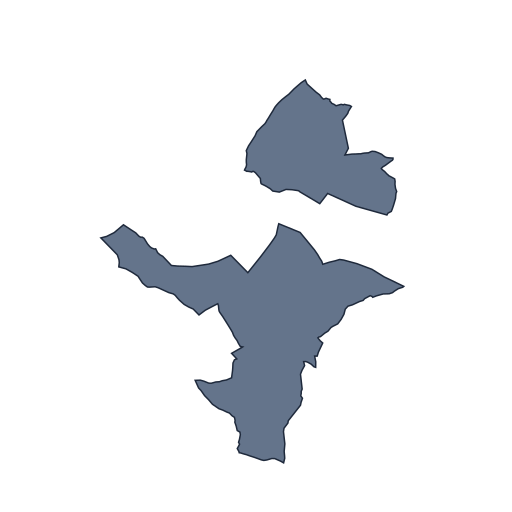 the district of Njaba, Imo, Nigeria, rotated 211°
{"feature_id": "59680162B71691370147242", "entity_name": "Njaba", "entity_type": "district", "adm_level": 2, "iso_a3": "NGA", "parent_name": "Nigeria", "parent_adm1": "Imo", "projection": "orthographic", "projection_center": [7.004, 5.713], "detail": "fine", "context": "isolated", "style": "filled", "palette": "slate", "viewbox_px": 512, "rotation_deg": 211, "n_neighbors": 0, "source": "geoboundaries", "source_scale": "gbopen_adm2", "svg_char_len": 4227}
<svg xmlns="http://www.w3.org/2000/svg" viewBox="0 0 512 512"><g transform="rotate(211 256 256)"><path d="M230.3,298.9L253.1,295.4L252.3,292.6L249.5,284.5L249.5,280.6L250.1,272.4L251.7,257.6L254.4,237.5L278.0,243.6L285.9,231.9L292.4,224.7L305.3,214.0L310.9,211.0L317.8,207.1L323.6,204.3L335.8,207.7L339.0,207.6L342.1,208.2L345.7,210.5L346.8,209.6L349.7,209.1L352.0,209.4L355.2,210.5L361.0,213.5L363.2,213.6L364.5,212.7L366.7,212.7L371.0,213.9L376.8,214.1L385.7,214.5L389.6,203.0L394.1,195.9L398.3,191.6L375.5,185.6L371.5,182.2L369.8,179.9L368.0,176.0L360.9,178.0L353.6,178.2L346.6,177.9L344.7,176.9L339.4,174.4L335.7,173.7L333.1,173.5L331.5,174.3L326.6,177.7L323.5,178.4L316.4,179.2L311.9,179.7L307.4,180.9L305.0,180.7L301.9,179.6L298.9,178.7L292.7,177.5L287.5,177.6L282.5,178.2L274.5,176.1L271.5,183.5L267.7,189.8L264.8,194.5L264.2,195.4L262.5,194.0L261.7,192.8L261.4,192.5L261.0,191.9L260.0,190.6L259.0,189.6L257.5,188.8L253.4,187.0L244.7,182.6L239.5,179.9L236.8,178.4L234.3,176.4L231.4,174.9L228.7,173.8L226.1,172.1L222.9,170.4L220.6,171.2L221.0,170.3L223.6,165.7L226.8,160.0L219.5,157.9L221.0,155.9L220.6,152.4L218.5,148.5L217.0,145.5L214.2,139.0L217.5,134.5L220.7,131.7L222.6,129.4L225.6,127.3L228.8,123.9L231.0,122.7L236.1,121.9L239.8,120.9L241.5,119.8L244.1,118.1L237.2,113.3L233.9,112.4L228.1,109.8L222.6,108.4L217.0,106.5L209.1,106.0L205.1,106.8L200.6,107.2L197.9,107.7L194.2,106.7L191.4,106.6L189.3,104.4L188.5,102.6L185.4,100.0L182.2,96.7L179.1,96.8L177.4,94.8L175.7,90.2L175.0,87.3L173.2,86.3L173.0,84.1L172.9,81.3L169.8,79.5L169.1,78.7L167.6,79.3L165.0,79.9L161.8,80.8L158.7,81.4L153.6,82.6L150.6,83.2L146.4,84.0L144.0,84.8L141.6,86.8L138.2,90.5L135.6,92.0L129.5,92.8L125.8,92.9L127.2,97.4L128.7,99.6L131.2,103.0L132.4,105.5L134.5,109.8L142.0,119.6L143.3,122.8L142.6,129.2L143.5,131.4L141.0,151.0L142.0,153.8L142.9,158.0L145.6,159.2L146.5,161.6L147.5,163.2L147.9,165.7L157.0,177.6L157.7,181.8L157.9,187.1L160.8,190.0L158.9,191.2L156.8,191.6L153.0,191.7L149.3,190.9L147.5,191.3L150.3,196.1L154.2,200.4L152.0,201.7L153.0,205.8L154.0,215.8L157.4,216.4L160.8,217.7L160.4,218.9L159.2,220.1L157.4,225.2L155.6,228.6L154.9,233.3L153.9,235.3L151.0,239.9L150.4,245.5L150.6,251.3L152.1,256.4L151.3,260.4L148.2,263.8L143.8,270.3L141.3,273.1L140.9,275.4L137.7,280.8L135.6,281.1L134.7,280.7L132.2,283.9L127.4,289.0L122.4,292.2L120.1,294.9L119.3,297.1L117.2,301.3L114.1,304.8L113.7,306.1L130.2,304.6L135.3,304.1L149.8,304.3L165.6,301.4L178.7,297.7L182.5,296.1L185.7,292.6L189.8,288.6L194.5,283.3L197.0,285.4L200.3,287.0L203.9,289.0L209.2,291.4L230.3,298.9ZM304.4,432.3L306.5,427.9L309.4,419.1L311.2,411.5L312.6,408.0L314.3,403.4L315.5,399.0L316.1,395.9L316.4,393.7L316.4,392.8L316.4,391.0L316.3,389.4L316.4,385.2L316.4,380.5L316.5,377.8L316.4,376.1L316.5,374.0L317.7,369.8L318.8,365.1L319.3,363.1L318.7,358.5L318.8,354.8L318.9,351.3L319.1,346.6L318.6,341.3L316.5,339.1L313.9,333.5L312.6,331.4L311.1,329.4L310.6,328.0L310.3,326.7L310.3,325.1L310.1,323.7L308.7,323.8L307.6,323.8L306.6,324.4L305.4,324.9L304.4,325.3L302.9,325.8L302.5,326.7L301.5,327.3L299.4,327.1L292.2,324.7L290.6,322.5L289.2,320.9L288.5,320.6L284.1,321.0L278.4,321.0L275.1,320.3L268.9,322.8L264.6,328.5L259.2,331.4L253.1,333.9L251.5,333.6L228.3,333.7L226.8,346.5L195.9,350.1L164.9,358.6L165.0,360.6L163.0,363.9L163.4,366.5L164.3,370.6L166.0,377.1L168.3,381.8L168.6,383.7L171.2,385.8L173.8,389.0L175.2,391.6L176.8,393.5L178.2,393.5L180.4,393.4L182.6,393.3L183.6,393.2L184.4,393.5L186.2,393.8L189.3,394.7L192.6,395.1L193.7,395.6L193.3,397.5L192.5,399.0L191.7,400.6L190.1,404.5L189.1,406.9L188.4,408.4L188.4,409.5L189.0,410.5L192.2,408.8L194.7,407.7L196.5,407.4L198.7,407.6L200.7,407.9L204.2,407.5L207.7,406.9L210.4,405.6L211.4,404.4L212.7,402.4L215.9,400.2L217.5,398.9L218.8,397.6L220.4,396.6L223.2,394.7L226.2,392.8L231.8,388.4L232.3,395.9L251.9,417.0L251.1,421.9L250.8,425.5L251.3,427.8L251.2,433.3L253.2,433.3L254.5,432.8L256.4,432.1L258.4,431.5L259.0,430.5L260.8,430.0L261.4,429.6L262.8,428.1L264.2,426.6L264.8,426.0L266.8,426.2L269.8,425.9L270.8,426.4L272.6,426.9L273.3,428.3L274.8,427.8L277.2,427.3L278.2,425.9L279.1,425.2L281.5,425.7L284.4,426.9L289.0,427.4L299.7,429.5L300.9,429.8L304.4,432.3Z" fill="#64748b" stroke="#1e293b" stroke-width="1.5"/></g></svg>